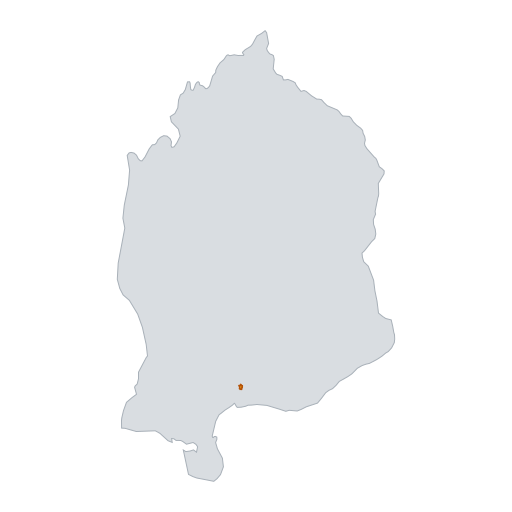 Costache Negri, Galati, Romania (highlighted), rotated 90°
{"feature_id": "2599482B13141455538439", "entity_name": "Costache Negri", "entity_type": "district", "adm_level": 2, "iso_a3": "ROU", "parent_name": "Romania", "parent_adm1": "Galati", "projection": "natural_earth1", "projection_center": [27.727, 45.705], "detail": "fine", "context": "in_parent", "style": "filled", "palette": "amber", "viewbox_px": 512, "rotation_deg": 90, "n_neighbors": 0, "source": "geoboundaries", "source_scale": "gbopen_adm2", "svg_char_len": 4052}
<svg xmlns="http://www.w3.org/2000/svg" viewBox="0 0 512 512"><g transform="rotate(90 256 256)"><path d="M409.9,286.7L414.9,293.0L421.3,296.3L436.1,299.8L437.4,299.4L437.6,298.7L436.6,297.8L436.4,296.7L437.1,295.2L439.2,295.1L442.5,296.4L448.8,294.6L458.2,289.6L466.8,288.6L474.6,291.5L478.7,295.0L481.3,298.2L480.5,302.3L480.0,304.8L478.0,315.2L476.6,319.1L474.4,323.5L450.0,328.7L451.6,326.2L451.0,321.8L449.9,318.5L452.2,315.5L446.7,314.4L444.3,316.1L442.5,318.9L444.2,325.5L441.5,329.2L440.5,331.2L440.4,336.0L438.8,338.1L438.5,340.4L442.4,339.8L440.7,344.0L433.4,352.0L430.8,356.7L431.5,375.7L428.3,387.0L428.1,390.4L420.3,390.5L417.9,390.2L410.6,388.5L402.3,385.5L397.4,379.7L394.3,375.5L387.3,377.4L386.0,376.9L384.0,374.8L378.8,373.5L372.2,373.5L357.6,365.8L356.0,364.5L344.5,365.8L327.3,369.6L314.1,374.3L300.4,382.6L294.9,388.9L288.5,392.2L279.3,394.7L263.1,393.8L246.2,390.6L228.1,387.2L218.2,389.1L205.0,387.7L185.0,383.6L170.1,382.4L155.4,384.8L152.9,382.9L152.4,380.9L153.1,377.9L155.2,375.5L158.8,373.7L160.7,371.8L160.9,370.0L157.0,367.0L148.9,362.8L145.6,360.3L144.8,359.6L144.6,357.3L142.9,355.5L139.8,354.1L137.4,351.7L135.7,348.3L136.1,345.0L138.7,341.9L141.9,340.5L145.7,341.0L147.4,340.1L146.8,337.9L143.0,335.2L136.2,331.8L129.1,333.6L121.8,340.6L116.6,341.8L113.5,337.1L107.9,334.2L99.9,333.4L94.9,331.6L93.1,328.8L89.6,326.7L81.9,324.5L81.8,322.4L83.1,321.9L85.9,321.7L89.6,321.2L90.2,320.0L90.3,318.9L87.4,317.5L84.5,316.6L83.0,315.6L82.0,314.6L81.8,313.5L82.7,312.7L83.9,312.6L85.1,312.0L85.8,309.4L87.5,307.3L88.6,306.6L88.6,305.0L87.5,303.6L85.9,302.3L83.5,301.6L76.1,299.4L72.5,296.3L70.2,296.2L66.6,294.5L62.8,291.9L59.5,288.1L55.9,285.7L55.0,284.7L54.9,283.7L55.6,282.7L55.6,281.5L54.8,277.8L55.5,273.9L55.4,270.2L55.5,268.6L54.8,268.1L54.1,268.6L53.2,269.3L52.3,269.5L49.7,266.8L46.4,261.4L44.2,259.5L39.7,257.1L36.0,255.0L33.4,250.4L30.7,246.9L32.6,245.4L43.5,243.4L48.5,245.4L50.7,244.7L53.0,243.0L54.2,241.7L54.5,240.3L55.6,238.6L59.3,237.8L68.9,238.8L72.9,236.4L74.3,235.1L75.3,232.2L76.4,229.8L79.9,228.6L79.9,226.4L79.4,224.1L81.5,218.9L82.8,216.8L84.8,216.0L87.2,214.4L91.4,211.0L90.5,208.0L91.4,205.8L95.8,200.5L99.1,195.3L99.2,192.8L99.7,190.5L102.6,188.0L105.7,184.8L109.9,174.8L111.4,173.1L114.0,171.2L116.0,169.3L116.4,162.8L118.2,160.9L121.8,158.7L125.3,155.3L128.2,151.3L130.4,149.4L133.3,148.9L136.5,147.3L140.0,146.7L143.3,147.5L145.5,147.1L148.7,145.1L157.1,137.7L158.3,136.2L160.1,135.2L166.8,132.7L168.6,130.1L170.9,127.8L173.9,128.0L183.4,133.7L193.8,133.3L195.7,133.5L196.3,133.6L197.6,134.1L211.3,136.9L213.5,136.6L214.1,136.4L219.6,138.7L224.5,138.4L229.2,136.8L234.0,136.2L238.5,137.2L241.8,140.5L250.6,147.4L253.1,150.0L257.2,149.6L261.7,148.3L266.2,143.7L280.2,138.4L290.8,137.1L301.1,135.0L313.1,133.5L316.6,129.2L318.5,126.3L319.9,120.8L326.3,119.3L332.5,118.2L334.7,117.5L339.1,117.3L342.6,117.7L347.9,120.4L351.6,123.8L353.1,126.4L356.3,130.2L359.7,135.5L363.4,142.6L364.2,146.1L365.6,150.0L368.3,154.7L373.6,159.9L374.4,160.9L376.8,164.5L381.4,172.7L385.3,175.9L388.7,179.5L390.3,183.0L392.7,186.3L398.4,190.6L403.1,194.5L406.8,205.7L409.4,210.8L411.0,214.8L410.3,222.8L411.3,226.2L409.2,232.5L405.4,245.1L404.5,255.1L405.1,260.5L405.2,264.0L406.2,266.2L407.2,270.8L407.4,274.8L406.0,275.9L404.1,276.9L403.3,277.7L405.1,279.5L407.5,282.9L409.9,286.7Z" fill="#d9dde1" stroke="#a8b0b8" stroke-width="1"/><path d="M389.3,271.8L389.3,271.7L389.3,271.4L389.3,271.1L389.4,270.8L389.4,270.6L389.4,270.4L389.2,270.3L387.8,270.2L387.8,269.9L387.7,269.8L387.1,269.8L386.9,269.7L386.3,269.7L386.3,269.9L386.2,269.9L385.7,269.8L385.7,270.0L385.5,270.3L385.5,270.5L385.3,270.6L385.3,270.9L385.3,271.0L385.1,271.0L384.9,271.0L384.6,271.0L384.5,271.3L384.9,271.4L385.0,271.4L385.3,271.4L385.3,271.0L385.3,271.3L385.4,271.7L385.4,272.8L385.5,272.9L385.7,272.5L385.9,272.6L385.9,272.3L385.9,272.2L386.6,272.3L386.8,272.3L387.0,272.3L387.6,272.4L387.8,272.4L388.3,272.5L388.6,272.5L388.7,272.2L388.8,271.7L389.0,271.7L389.2,271.8L389.3,271.8Z" fill="#f59e0b" stroke="#b45309" stroke-width="1.5"/></g></svg>